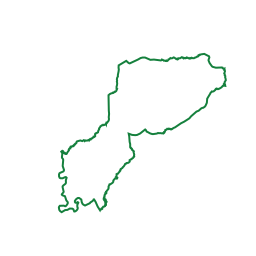 the district of Pho Chai, Roi Et, Thailand, rotated 40°
{"feature_id": "78962969B887090741861", "entity_name": "Pho Chai", "entity_type": "district", "adm_level": 2, "iso_a3": "THA", "parent_name": "Thailand", "parent_adm1": "Roi Et", "projection": "equal_earth", "projection_center": [103.793, 16.312], "detail": "fine", "context": "isolated", "style": "outline", "palette": "green", "viewbox_px": 256, "rotation_deg": 40, "n_neighbors": 0, "source": "geoboundaries", "source_scale": "gbopen_adm2", "svg_char_len": 5913}
<svg xmlns="http://www.w3.org/2000/svg" viewBox="0 0 256 256"><g transform="rotate(40 128 128)"><path d="M144.9,215.0L147.1,210.2L147.0,209.3L147.8,206.7L147.8,205.4L147.6,204.8L147.9,204.5L150.6,205.4L155.3,207.7L159.4,209.0L159.2,208.4L159.7,207.9L159.4,206.9L159.6,206.4L160.1,206.3L159.6,205.4L159.7,204.8L159.6,204.2L160.4,203.3L160.3,202.7L160.6,202.4L160.3,201.7L160.6,201.1L160.1,200.5L159.5,200.9L159.0,200.1L159.1,198.3L158.2,198.0L157.8,198.6L157.4,198.1L157.3,198.6L157.0,198.3L156.9,198.7L156.3,198.7L156.0,198.2L155.6,198.1L155.9,197.7L155.2,197.8L155.2,197.4L155.0,197.5L155.0,197.2L154.7,197.1L154.6,196.6L154.3,196.6L154.2,195.8L153.7,195.5L153.8,195.1L153.0,194.0L153.2,193.4L153.1,192.8L152.9,192.7L153.2,192.5L153.3,191.9L152.2,191.0L152.4,190.7L152.2,190.5L152.1,187.2L151.5,186.1L151.0,185.8L150.6,185.0L150.4,183.8L150.0,183.2L150.1,182.9L150.6,182.6L151.4,179.9L151.3,178.7L150.5,177.6L150.5,175.2L151.1,174.5L151.0,174.1L151.8,174.1L152.1,173.7L151.8,172.9L151.3,172.9L150.7,173.3L150.5,172.9L150.2,173.0L150.2,172.3L149.0,170.8L149.2,170.6L149.1,170.2L149.5,169.8L149.7,169.1L149.5,168.3L149.6,166.9L149.4,166.6L149.6,165.8L149.3,165.1L149.1,165.1L149.1,164.4L148.8,164.1L149.4,162.2L149.2,161.4L149.4,160.6L149.3,158.8L148.9,157.4L149.6,156.3L149.4,155.8L150.7,154.3L150.9,152.6L149.9,151.6L150.4,150.0L150.8,149.7L150.7,148.7L151.1,147.8L151.1,146.2L150.8,146.2L150.8,145.6L150.2,145.1L149.8,144.3L147.9,143.0L147.4,142.5L147.4,142.1L146.8,142.0L146.6,142.2L145.4,141.9L145.0,142.1L144.3,141.4L143.9,141.6L143.1,141.3L142.9,141.6L142.0,141.3L140.0,138.9L138.2,137.6L134.3,133.6L132.2,131.9L135.5,130.7L138.2,128.8L139.4,127.5L140.8,124.5L142.1,118.1L143.0,118.1L144.6,118.8L145.4,118.5L148.5,117.9L150.4,117.1L151.2,116.5L153.7,113.7L154.2,112.5L155.1,112.1L155.8,111.3L157.6,110.2L157.9,109.6L158.6,109.5L158.8,108.9L158.8,108.0L158.2,107.7L158.5,106.9L158.1,105.7L157.9,105.6L158.1,105.0L158.6,104.6L158.5,103.4L159.5,102.9L159.5,102.4L159.9,102.1L160.3,102.3L161.0,101.5L161.9,101.5L162.2,101.0L162.1,100.6L162.6,100.1L162.7,99.0L163.6,97.3L165.6,90.2L166.9,87.2L168.8,81.2L168.8,78.5L169.9,71.4L171.0,69.4L171.5,65.9L172.0,64.8L172.6,64.2L173.1,62.5L173.1,61.2L172.2,58.0L169.8,54.6L168.9,48.8L168.6,47.8L168.8,46.8L168.7,46.2L169.2,46.0L170.0,44.9L170.4,42.9L170.2,42.5L170.2,41.5L170.7,41.3L170.7,40.8L171.4,40.8L171.7,40.2L172.2,40.1L172.7,39.1L173.5,36.7L173.5,35.0L173.6,34.5L173.8,34.5L173.9,33.4L174.9,33.5L175.4,33.2L174.6,32.6L174.0,32.5L174.0,32.3L173.1,32.4L173.0,31.2L172.5,30.7L172.2,28.5L170.8,27.3L169.8,26.7L169.2,25.7L168.1,25.4L167.6,24.6L166.7,24.4L165.8,22.2L164.3,21.0L164.1,21.3L163.7,20.7L163.6,21.0L162.2,21.4L161.7,21.0L161.0,21.3L156.6,25.3L153.6,26.7L152.7,26.8L148.8,25.8L146.3,24.5L145.8,23.8L145.0,21.7L144.0,21.0L138.8,22.2L136.5,24.8L136.3,25.4L135.8,25.7L135.4,26.6L135.7,26.7L135.4,27.3L135.7,27.6L135.7,28.0L135.4,28.3L135.3,28.8L134.9,29.1L134.5,30.6L133.9,31.2L133.7,32.1L132.7,32.9L131.8,33.2L131.9,33.5L131.7,33.8L130.5,34.4L130.4,34.8L130.6,35.0L130.1,35.3L130.1,35.5L128.9,35.7L128.2,36.4L128.2,36.1L127.7,36.1L127.5,37.1L127.1,37.3L127.1,37.7L126.0,38.2L126.1,38.6L125.9,39.0L125.6,39.0L125.6,38.7L125.4,38.7L125.3,38.9L124.7,38.8L124.1,39.3L123.7,39.2L123.0,41.2L122.0,42.0L122.1,43.2L121.8,43.7L121.0,43.3L120.5,44.2L118.3,44.3L117.5,44.7L117.2,45.9L116.1,47.1L115.5,47.2L115.4,48.8L114.9,49.4L115.1,49.9L115.1,51.0L114.8,51.7L114.4,51.8L113.9,52.3L113.7,52.1L113.5,52.6L112.7,52.8L112.2,53.4L111.0,53.4L110.4,54.0L110.0,53.9L110.0,54.5L109.8,55.1L103.9,58.9L101.3,61.4L95.9,63.0L94.0,64.5L92.7,66.3L91.7,69.0L87.8,77.4L86.7,77.8L83.5,77.7L80.6,86.0L82.1,88.0L83.3,89.0L84.4,90.7L86.2,94.0L87.2,95.1L87.3,96.2L88.1,97.8L89.4,98.9L89.6,99.6L90.9,100.6L92.0,102.2L92.6,103.6L94.0,105.3L94.5,105.1L95.2,107.2L95.0,108.4L94.5,108.7L94.6,109.2L93.8,110.4L94.1,110.7L93.0,112.1L92.3,113.5L92.0,115.4L102.2,127.1L104.5,129.4L106.3,132.1L107.6,133.3L108.2,134.2L108.6,135.7L108.4,136.6L108.7,137.4L108.2,138.3L108.6,138.9L108.4,138.8L108.5,139.1L108.3,139.1L108.2,139.8L108.2,140.5L107.2,141.8L106.8,141.7L106.7,142.4L106.2,142.8L106.1,143.7L105.8,144.4L106.1,145.3L106.1,146.9L106.8,147.6L106.9,149.0L107.8,150.6L107.4,151.7L107.0,152.0L106.6,153.3L106.9,153.5L106.8,153.8L107.1,154.4L108.1,155.3L108.0,156.4L107.6,157.0L107.3,157.0L107.5,157.5L107.2,158.0L107.3,158.5L107.0,159.6L106.8,159.9L106.6,159.8L106.4,160.3L106.8,160.8L106.6,161.1L106.1,161.1L106.2,162.5L105.6,162.3L104.7,164.1L103.5,164.8L103.3,165.8L102.5,165.5L101.8,165.9L101.8,166.4L101.4,167.4L99.5,168.2L97.5,171.1L97.5,171.6L98.1,172.7L97.8,173.4L98.0,173.8L97.9,174.6L98.0,174.9L97.8,175.6L97.9,176.4L97.6,177.0L97.4,176.6L97.3,177.5L96.9,178.0L97.1,178.0L96.7,178.5L96.7,179.2L96.2,179.3L96.1,179.9L96.9,180.8L96.3,181.5L96.3,181.8L96.5,182.7L97.1,183.1L97.2,185.5L97.6,187.1L97.5,187.5L97.1,187.8L96.9,187.6L95.9,187.6L95.9,188.1L95.2,188.0L95.0,188.3L93.9,187.8L93.6,188.0L93.1,187.6L92.9,187.8L92.3,187.8L92.1,189.0L94.0,189.6L96.1,192.8L96.8,193.3L98.2,193.6L98.9,194.1L102.4,199.1L106.0,201.3L106.4,202.2L106.3,203.1L104.8,206.0L104.6,206.8L105.0,207.9L106.3,209.4L107.7,210.1L108.7,209.8L110.2,208.6L111.5,205.9L112.1,205.5L113.0,205.6L113.9,207.9L115.6,209.8L115.9,210.5L115.9,211.2L115.4,213.4L115.4,214.7L116.1,215.5L119.7,218.2L119.9,218.8L119.9,221.2L120.1,221.6L121.0,221.7L123.6,220.8L127.3,223.1L129.4,223.5L130.1,224.1L130.4,224.9L130.6,226.6L130.5,228.0L130.0,228.4L128.8,228.7L125.8,231.4L125.8,232.5L126.2,233.4L128.0,234.9L129.5,235.3L131.3,235.1L132.6,231.3L134.2,229.7L135.2,227.1L137.3,225.5L138.4,225.4L140.4,226.5L140.9,226.2L141.3,225.4L141.6,224.0L141.4,222.3L140.9,221.5L140.0,221.1L138.5,219.4L138.1,217.5L137.9,217.1L137.1,217.1L136.5,218.5L135.7,219.0L134.9,218.8L134.2,218.0L134.0,216.2L134.4,214.2L134.8,213.6L135.7,213.0L138.2,212.8L140.2,214.5L141.8,215.3L143.1,215.4L144.9,215.0Z" fill="none" stroke="#15803d" stroke-width="2"/></g></svg>